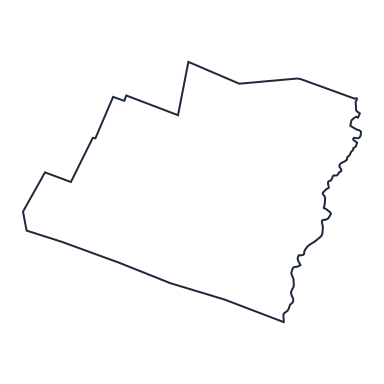 Orange, Vermont, United States of America (Equal Earth projection)
{"feature_id": "52423323B71374601240136", "entity_name": "Orange", "entity_type": "district", "adm_level": 2, "iso_a3": "USA", "parent_name": "United States of America", "parent_adm1": "Vermont", "projection": "equal_earth", "projection_center": [-72.157, 43.996], "detail": "fine", "context": "isolated", "style": "outline", "palette": "slate", "viewbox_px": 384, "rotation_deg": 0, "n_neighbors": 0, "source": "geoboundaries", "source_scale": "gbopen_adm2", "svg_char_len": 1980}
<svg xmlns="http://www.w3.org/2000/svg" viewBox="0 0 384 384"><path d="M356.7,98.3L354.4,98.6L301.0,79.2L297.3,78.5L239.3,83.7L211.2,71.7L188.4,61.9L178.0,115.2L126.3,95.5L124.3,100.8L113.1,96.9L95.4,138.3L92.8,137.8L70.9,182.0L45.0,172.4L23.0,211.6L26.6,230.6L62.0,241.9L119.3,262.8L170.1,283.1L224.7,299.6L283.6,322.1L283.8,321.9L283.4,315.5L283.5,314.2L284.1,313.3L287.2,311.0L287.9,310.2L288.9,308.3L290.0,304.8L292.6,302.5L293.3,300.5L292.9,298.0L291.9,296.1L291.0,293.0L291.1,292.0L292.0,289.7L293.3,287.5L293.8,285.5L293.5,279.1L291.5,274.2L291.3,272.8L292.7,268.5L293.5,267.4L295.1,266.9L297.1,266.8L300.4,265.2L299.8,264.0L299.5,263.2L299.3,262.7L298.4,261.2L297.6,259.1L298.0,256.8L298.5,255.8L299.0,255.2L300.5,255.4L303.3,254.8L304.0,254.1L304.3,251.5L305.6,249.0L307.5,246.4L310.3,244.3L314.7,241.6L321.0,236.4L321.8,235.2L322.3,233.9L322.9,227.7L322.9,226.9L321.9,222.4L322.0,221.1L322.4,220.3L323.6,219.8L325.5,219.8L327.7,218.8L328.4,218.1L330.9,214.0L330.8,213.3L330.0,212.2L325.5,208.6L324.0,208.3L323.8,207.8L323.8,207.2L324.5,205.3L324.8,203.6L325.1,198.2L324.7,196.4L322.9,194.2L322.8,192.7L326.3,189.2L328.7,187.9L328.8,187.1L328.1,184.1L328.0,182.2L329.2,180.9L330.8,180.6L332.3,178.1L332.5,176.9L333.0,176.1L333.9,175.4L334.6,175.5L336.9,175.4L338.4,173.9L338.6,173.0L339.2,172.3L339.4,172.2L339.5,172.1L341.2,171.2L341.4,170.6L341.2,169.5L339.5,166.7L339.4,165.6L339.7,164.7L340.4,163.7L341.5,163.0L345.3,161.0L346.9,159.7L347.2,157.4L348.6,156.0L349.4,155.6L349.7,155.1L351.0,152.1L353.3,149.6L353.2,148.3L355.9,146.4L357.1,142.6L353.7,140.2L353.1,139.2L353.6,138.2L354.2,137.8L357.0,138.2L358.6,138.0L359.5,137.4L360.1,136.7L360.6,135.6L361.0,132.9L360.9,131.7L360.1,130.8L358.4,129.9L357.1,129.8L350.4,125.9L350.5,124.7L351.5,120.3L354.1,117.9L356.1,116.9L356.6,116.9L357.5,117.5L358.1,117.5L359.8,113.5L359.5,113.0L357.9,112.2L356.1,110.3L355.7,102.1L355.7,101.6L356.9,99.6L356.9,98.8L356.7,98.3Z" fill="none" stroke="#1e293b" stroke-width="2"/></svg>